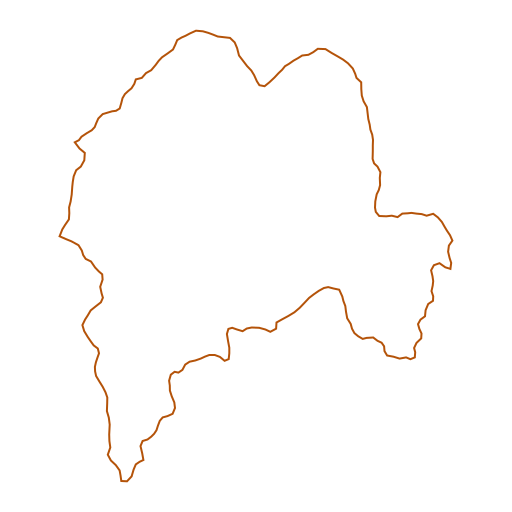 the district of Padre Paraíso, Minas Gerais, Brazil
{"feature_id": "56859067B96188425164132", "entity_name": "Padre Paraíso", "entity_type": "district", "adm_level": 2, "iso_a3": "BRA", "parent_name": "Brazil", "parent_adm1": "Minas Gerais", "projection": "natural_earth1", "projection_center": [-41.547, -17.06], "detail": "fine", "context": "isolated", "style": "outline", "palette": "amber", "viewbox_px": 512, "rotation_deg": 0, "n_neighbors": 0, "source": "geoboundaries", "source_scale": "gbopen_adm2", "svg_char_len": 3473}
<svg xmlns="http://www.w3.org/2000/svg" viewBox="0 0 512 512"><path d="M74.8,142.3L79.5,148.5L84.8,152.9L84.3,160.3L80.8,166.6L76.2,170.2L73.7,176.3L72.8,181.7L72.3,186.3L71.7,194.6L70.6,201.6L69.1,207.4L69.3,213.3L68.9,219.4L65.1,224.9L62.3,229.4L59.6,236.3L66.0,239.1L71.4,241.3L78.5,245.2L81.8,250.5L83.2,255.1L85.7,258.9L91.0,261.5L95.1,267.5L98.8,271.4L102.2,274.3L102.6,279.6L100.2,286.8L101.6,293.4L102.9,297.7L100.9,302.3L95.4,306.6L90.7,310.4L87.7,315.5L85.1,319.5L82.4,325.1L84.2,331.1L87.7,336.9L91.0,341.7L93.7,345.4L97.8,348.5L99.0,353.3L97.4,357.8L95.9,362.3L94.9,366.9L95.1,371.4L96.1,376.0L99.4,381.5L102.7,386.8L105.5,392.3L107.3,397.5L107.2,403.2L106.9,411.1L108.8,417.6L109.7,424.6L109.2,434.5L109.4,441.0L110.3,447.5L107.8,454.7L110.9,460.5L115.8,465.1L119.6,470.4L120.5,475.3L121.3,481.0L127.0,481.3L131.6,476.4L133.6,469.6L135.8,464.4L139.6,461.8L143.4,460.0L142.2,453.3L140.5,446.1L142.6,441.0L147.5,439.5L151.2,436.7L154.1,433.8L156.5,430.2L157.9,425.8L159.8,420.8L162.7,417.4L167.5,416.1L172.6,413.8L175.0,408.0L174.3,402.4L171.7,396.2L169.9,390.6L169.8,385.5L169.1,380.7L170.8,374.7L174.6,371.8L178.4,372.6L182.4,369.9L185.2,364.6L189.6,361.7L195.2,360.5L200.7,358.6L205.0,356.6L209.3,355.0L214.8,355.0L219.9,356.9L224.6,360.8L228.7,359.1L229.3,353.3L229.3,347.7L228.1,341.3L226.9,334.0L228.4,328.9L232.2,327.8L236.7,329.4L242.6,331.2L246.8,328.5L251.7,327.5L259.2,327.8L265.4,329.5L270.3,331.8L276.1,328.7L276.5,322.5L282.0,319.4L288.3,316.0L294.4,312.3L299.7,307.8L304.3,303.0L309.1,297.9L313.8,294.3L318.7,290.9L323.9,288.0L328.2,287.1L333.5,288.5L339.2,289.7L342.3,296.5L343.4,301.0L345.3,306.0L346.0,311.7L347.2,318.3L350.7,323.9L352.0,328.7L354.4,333.1L358.1,336.2L362.7,338.9L366.6,337.9L373.2,337.5L377.5,340.8L381.6,342.7L384.1,346.3L384.5,351.1L387.1,355.5L393.5,356.7L399.6,358.6L406.1,357.4L410.4,359.2L414.8,357.4L415.2,352.3L414.1,348.0L416.5,342.9L421.2,338.4L421.5,333.5L419.4,329.0L418.0,324.1L420.5,319.6L425.0,316.3L425.6,310.2L428.2,304.0L433.0,300.8L433.2,296.3L431.5,291.1L432.7,285.6L433.2,281.1L432.5,276.3L431.1,270.3L433.9,265.2L439.5,263.2L445.3,267.3L450.4,268.9L451.2,262.9L449.6,258.0L448.1,251.7L448.9,245.6L452.4,240.6L450.0,235.2L446.9,230.6L444.5,226.6L441.9,222.0L437.9,217.4L433.2,213.8L426.6,215.7L421.7,214.1L416.4,213.6L411.5,212.9L407.6,213.3L402.3,213.6L397.6,217.1L391.8,215.7L386.3,216.3L379.2,216.0L375.8,211.9L375.0,207.6L375.3,201.3L376.7,194.3L378.8,190.0L380.1,185.1L379.8,177.9L380.4,172.2L377.5,166.6L374.1,163.4L372.6,158.9L372.8,151.2L372.8,145.4L373.0,139.9L372.2,134.6L370.4,129.6L369.7,124.7L368.3,119.0L366.9,107.1L363.6,101.3L361.8,95.6L361.3,89.1L361.2,82.3L356.5,77.9L355.2,73.8L352.8,68.5L348.0,63.3L343.1,59.6L338.2,56.7L331.7,53.0L325.5,49.1L317.8,48.8L313.2,52.2L308.4,54.8L302.2,55.5L297.9,58.2L293.6,60.6L288.9,63.9L285.0,66.2L282.1,69.8L278.6,73.1L274.5,77.5L269.4,82.3L264.6,86.2L259.4,85.2L256.9,81.3L254.1,75.1L251.3,70.5L247.1,66.1L243.2,61.0L239.0,55.5L237.1,48.1L234.7,42.4L230.0,37.9L223.8,37.2L217.7,36.5L213.0,34.6L208.4,32.9L202.9,31.3L196.0,30.7L190.0,33.4L185.5,35.8L181.6,37.5L177.2,40.1L175.3,44.7L173.0,49.5L167.8,53.3L162.0,57.3L158.7,60.8L155.6,65.0L151.2,70.2L146.0,73.1L141.8,77.9L135.8,79.4L134.3,83.9L131.5,88.3L128.0,91.2L124.9,94.1L122.5,98.2L121.3,103.0L119.7,108.5L116.0,110.8L112.1,111.3L108.4,112.4L102.7,114.1L98.3,118.5L96.3,123.0L94.7,127.1L91.8,130.2L86.9,133.1L81.5,136.7L78.9,140.2L74.8,142.3Z" fill="none" stroke="#b45309" stroke-width="2"/></svg>